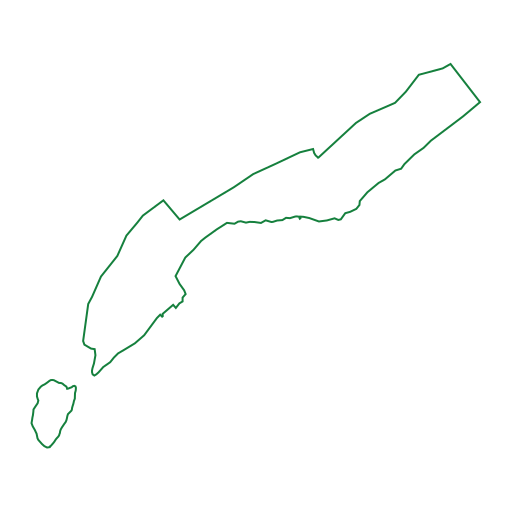 Foa, Ha'apai, Tonga, rotated 182°
{"feature_id": "48082658B59083030943668", "entity_name": "Foa", "entity_type": "district", "adm_level": 2, "iso_a3": "TON", "parent_name": "Tonga", "parent_adm1": "Ha'apai", "projection": "orthographic", "projection_center": [-174.289, -19.734], "detail": "fine", "context": "isolated", "style": "outline", "palette": "green", "viewbox_px": 512, "rotation_deg": 182, "n_neighbors": 0, "source": "geoboundaries", "source_scale": "gbopen_adm2", "svg_char_len": 2558}
<svg xmlns="http://www.w3.org/2000/svg" viewBox="0 0 512 512"><g transform="rotate(182 256 256)"><path d="M68.3,454.7L76.0,450.0L99.6,442.8L112.0,425.4L122.4,413.9L147.2,402.1L160.7,392.5L196.9,356.7L197.4,356.4L198.1,357.1L199.9,358.6L201.5,361.0L202.7,364.9L215.6,361.2L240.6,348.3L261.6,337.8L280.6,323.9L333.6,289.8L350.5,308.4L370.5,292.4L375.7,285.3L386.2,271.9L394.6,251.2L410.2,230.1L418.4,209.5L422.0,202.2L425.8,165.0L424.4,161.4L417.6,157.7L414.0,157.3L413.0,151.2L414.2,142.9L415.5,138.2L415.9,135.7L415.8,134.0L415.1,132.0L413.4,130.9L411.5,132.1L409.3,134.2L404.7,139.8L400.5,142.9L398.0,144.8L394.5,149.5L390.4,153.9L384.7,157.5L374.0,164.5L365.0,172.9L352.9,190.5L349.7,194.0L347.7,192.1L347.1,192.6L347.3,194.9L337.1,204.3L334.3,201.3L330.9,206.0L327.8,208.0L327.9,211.9L325.0,215.5L326.6,219.2L331.4,225.4L335.7,233.1L326.9,251.4L326.5,252.1L318.7,260.0L311.4,269.1L307.2,272.7L296.2,281.2L286.2,288.1L278.6,287.5L275.1,289.7L272.4,290.2L267.2,289.0L263.5,289.9L258.7,289.9L252.2,289.2L247.6,292.0L241.8,290.5L240.3,290.7L236.1,292.2L230.9,292.8L227.3,295.2L223.4,295.0L218.2,296.8L216.6,297.0L213.7,296.7L213.9,295.5L213.5,294.8L212.9,295.3L213.0,296.9L209.9,296.8L204.1,295.8L194.3,292.7L186.4,294.0L178.8,296.4L175.0,294.9L172.5,295.6L168.3,301.9L163.5,303.4L157.4,306.6L154.4,310.6L154.2,314.5L146.9,323.6L136.0,333.3L129.8,337.1L119.7,346.3L114.0,348.3L110.9,353.0L101.3,363.1L92.3,369.9L85.2,377.4L53.9,402.8L37.5,417.6L68.3,454.7ZM454.5,59.0L452.2,61.8L451.1,63.3L449.7,65.7L448.6,67.1L447.3,68.6L446.5,69.9L446.3,70.9L445.8,72.3L445.7,73.5L445.4,74.9L445.0,76.0L444.0,77.9L443.0,79.5L441.9,81.3L440.4,83.5L439.7,85.4L439.3,87.3L439.0,89.2L438.8,90.1L438.4,91.4L437.2,92.7L435.9,94.1L435.0,95.1L434.7,96.0L434.6,96.6L434.5,97.8L434.0,99.8L433.5,101.5L433.2,102.9L432.9,104.7L432.1,107.1L432.1,110.7L432.1,112.7L431.5,115.2L431.4,116.7L431.4,118.1L431.9,119.4L433.1,119.9L434.6,119.4L435.6,118.4L436.9,117.9L438.9,117.0L440.1,116.7L440.4,117.7L441.0,118.9L442.3,119.7L443.5,120.5L444.8,121.6L445.9,122.1L447.1,122.3L448.5,122.3L449.9,123.0L452.4,124.2L453.6,124.8L454.3,124.9L455.3,125.0L456.8,124.8L458.1,124.0L459.4,122.9L460.9,121.7L462.8,120.3L464.9,119.2L466.5,117.9L468.8,115.0L470.1,111.1L470.0,108.0L469.1,105.3L468.5,104.0L469.1,101.2L470.5,99.0L471.5,97.4L473.0,94.9L473.1,92.4L473.4,89.0L473.8,86.8L474.0,84.9L474.5,81.1L473.2,78.0L470.9,74.3L469.8,72.1L469.1,70.8L468.0,66.2L467.1,64.6L465.3,62.7L463.3,60.6L460.9,58.6L458.1,57.3L455.4,57.8L455.1,58.7L454.5,59.0Z" fill="none" stroke="#15803d" stroke-width="2"/></g></svg>